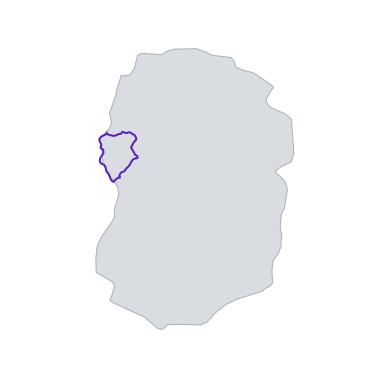 location of Novaci within North Macedonia, rotated 111°
{"feature_id": "MKD-2947", "entity_name": "Novaci", "entity_type": "Statistical Region", "adm_level": 1, "iso_a3": "MKD", "parent_name": "North Macedonia", "parent_adm1": "", "projection": "equal_earth", "projection_center": [21.636, 41.014], "detail": "fine", "context": "in_parent", "style": "outline", "palette": "violet", "viewbox_px": 384, "rotation_deg": 111, "n_neighbors": 0, "source": "natural_earth", "source_scale": "10m", "svg_char_len": 2280}
<svg xmlns="http://www.w3.org/2000/svg" viewBox="0 0 384 384"><g transform="rotate(111 192 192)"><path d="M174.1,99.9L180.2,100.7L193.4,97.0L201.6,92.0L205.7,91.3L211.3,89.3L219.3,89.6L227.4,91.8L237.6,88.9L247.7,84.2L251.8,85.4L256.2,89.4L259.1,90.5L275.9,111.6L285.2,120.2L296.1,126.7L308.5,131.5L312.9,136.0L321.0,158.6L324.8,167.2L330.1,169.8L331.4,172.2L331.6,175.5L325.8,191.4L323.6,227.1L322.2,230.0L316.0,229.8L307.7,230.6L304.6,233.3L301.4,252.6L288.1,258.1L276.1,261.2L265.9,260.5L248.0,255.9L242.2,255.4L237.2,258.0L221.3,259.4L214.3,262.8L197.9,285.3L181.2,293.1L175.5,297.1L162.8,292.1L156.7,291.6L147.9,297.3L128.5,297.9L123.3,298.9L108.4,299.8L107.8,296.7L105.1,292.1L98.1,290.0L83.9,291.8L80.5,288.5L74.7,269.4L70.2,266.3L65.1,259.9L56.6,239.1L56.4,230.0L57.1,222.1L52.4,203.5L55.4,198.8L59.8,195.8L59.9,188.3L58.7,177.0L64.1,154.8L65.5,153.1L66.9,154.2L79.5,156.0L82.8,153.2L84.9,148.8L85.7,132.5L88.7,125.0L119.4,110.8L128.4,110.2L135.3,116.8L140.8,121.0L144.1,120.8L145.3,116.6L149.0,108.5L155.3,103.9L174.0,99.9L174.1,99.9Z" fill="#d9dde1" stroke="#a8b0b8" stroke-width="1"/><path d="M195.4,289.4L193.2,289.8L187.5,288.6L184.4,290.0L184.2,290.5L184.0,292.4L183.5,293.2L183.0,293.4L181.4,293.3L180.8,293.4L179.7,294.3L177.1,296.8L176.2,297.4L173.1,296.8L168.3,292.5L167.8,292.5L167.9,292.4L168.4,290.9L168.4,289.5L168.0,287.7L168.0,286.4L167.7,285.2L166.5,283.5L165.0,281.9L163.6,280.3L163.2,279.2L162.1,278.9L160.8,278.6L160.7,277.5L160.7,275.5L160.5,274.2L159.7,273.3L159.1,272.8L158.8,272.2L158.6,270.7L158.7,269.7L159.1,269.1L159.3,268.2L159.3,266.8L159.6,266.1L159.8,265.5L160.8,264.2L162.5,263.0L163.6,263.0L165.3,263.7L166.8,264.2L169.4,264.5L171.7,264.9L173.0,264.1L174.7,261.9L176.3,260.0L177.6,258.2L178.1,256.0L179.1,255.2L179.9,255.1L180.3,255.6L180.8,256.6L181.4,257.6L183.1,258.8L184.5,259.3L186.5,259.6L189.0,259.9L190.1,260.1L192.5,261.2L193.7,261.8L195.2,262.2L196.4,262.4L197.3,263.0L198.5,264.5L199.4,265.1L200.9,265.6L202.4,265.6L203.4,265.5L203.9,264.6L204.2,264.5L204.5,264.7L204.9,265.6L205.9,266.5L207.1,267.5L208.2,267.8L210.6,268.9L210.6,269.4L210.4,270.5L209.0,272.7L205.0,276.4L203.6,279.1L199.4,282.0L198.3,283.4L198.1,284.6L198.1,286.1L197.7,287.7L196.3,289.2L195.4,289.4Z" fill="none" stroke="#5b21b6" stroke-width="2"/></g></svg>